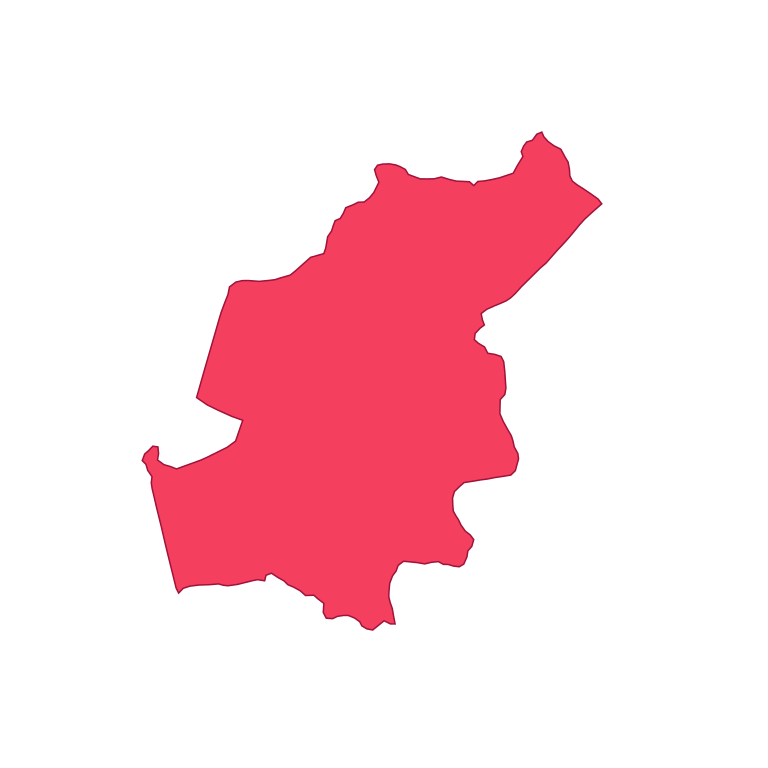 Duque de Caxias, Rio de Janeiro, Brazil (Mercator projection), rotated 222°
{"feature_id": "56859067B40218496902561", "entity_name": "Duque de Caxias", "entity_type": "district", "adm_level": 2, "iso_a3": "BRA", "parent_name": "Brazil", "parent_adm1": "Rio de Janeiro", "projection": "mercator", "projection_center": [-43.309, -22.642], "detail": "fine", "context": "isolated", "style": "filled", "palette": "rose", "viewbox_px": 768, "rotation_deg": 222, "n_neighbors": 0, "source": "geoboundaries", "source_scale": "gbopen_adm2", "svg_char_len": 2988}
<svg xmlns="http://www.w3.org/2000/svg" viewBox="0 0 768 768"><g transform="rotate(222 384 384)"><path d="M344.5,582.4L344.7,599.2L344.5,608.3L344.5,616.2L344.8,624.5L345.2,632.5L345.2,640.5L344.5,648.0L343.9,653.7L342.7,663.6L348.6,664.7L358.2,663.6L366.8,662.4L373.9,661.2L379.8,660.8L385.1,663.0L389.9,667.7L395.7,672.1L401.0,673.7L409.7,676.8L417.3,674.7L424.4,674.0L430.7,674.7L435.3,676.8L437.6,671.9L436.8,664.4L439.9,659.4L439.4,654.2L437.5,648.5L433.0,646.0L431.0,635.3L429.0,627.1L433.0,620.1L436.3,614.3L440.9,607.8L445.4,602.0L449.8,597.3L450.1,591.5L455.8,591.5L460.9,587.4L466.0,583.2L472.0,579.9L479.9,576.2L484.0,570.1L489.0,565.4L494.3,560.7L500.3,558.3L506.1,556.0L511.6,557.7L517.5,556.3L521.8,554.7L527.2,551.3L532.2,546.5L535.2,542.3L534.5,537.0L529.3,533.7L522.8,530.5L519.7,519.5L519.4,512.6L520.5,506.0L524.8,501.8L527.1,496.1L530.4,489.5L528.4,483.5L527.3,477.7L529.6,472.7L527.5,467.3L525.4,462.8L524.4,455.7L518.3,446.1L516.0,440.6L523.3,429.0L525.6,408.1L526.6,402.1L532.0,393.5L534.8,388.6L538.8,384.0L545.4,376.8L554.2,370.0L558.6,365.9L562.3,360.6L563.8,352.8L559.8,346.1L556.8,338.0L553.0,328.4L549.9,321.8L545.9,313.6L527.3,275.2L514.2,248.5L501.3,250.2L489.1,253.7L475.4,258.1L464.7,262.5L456.1,242.3L458.2,232.0L466.8,210.3L469.2,204.9L481.4,182.0L487.2,179.9L493.6,176.8L501.5,176.0L505.0,181.5L509.9,186.0L514.2,183.1L514.4,177.1L515.0,171.8L512.4,165.3L507.1,165.0L501.8,161.7L494.4,159.9L490.8,154.8L486.3,151.1L480.5,147.1L470.8,140.3L453.8,128.8L440.4,119.4L431.2,113.1L402.0,93.3L396.7,91.2L396.5,97.8L392.9,104.0L386.8,111.0L379.5,118.0L373.2,124.7L368.8,126.9L365.0,129.6L358.7,137.1L350.3,149.6L347.0,154.0L341.0,157.9L343.7,162.9L341.0,168.1L333.5,169.2L326.5,170.8L321.2,170.5L314.8,172.7L307.7,174.3L300.8,174.3L294.8,180.1L289.5,180.1L281.9,180.7L276.3,173.6L270.2,171.3L265.2,175.2L263.1,180.2L259.3,184.8L255.7,188.1L249.3,190.4L243.0,191.1L238.5,189.4L232.8,190.6L227.8,193.6L225.5,208.1L218.7,210.0L215.2,213.1L221.0,217.5L227.6,222.7L233.1,225.7L238.0,229.0L241.2,232.8L246.4,239.7L249.3,247.2L249.8,253.0L252.1,258.6L250.9,265.3L246.1,268.9L239.8,273.5L233.3,277.6L229.4,283.3L224.7,288.4L219.2,289.7L215.6,292.8L210.5,295.2L205.8,298.5L204.2,303.5L206.6,310.9L210.0,316.1L210.1,322.1L213.2,328.4L218.7,329.5L225.3,329.1L232.4,330.7L237.7,332.9L242.5,334.2L247.4,335.9L251.6,339.8L256.8,345.2L259.7,351.2L259.2,358.9L258.5,364.4L252.6,371.6L248.1,377.3L243.3,382.9L239.2,388.4L235.4,393.0L232.2,396.9L228.8,401.2L228.4,407.5L231.1,412.8L233.9,418.4L238.0,421.9L245.1,424.4L250.4,428.2L254.7,430.7L262.1,433.1L270.2,435.9L278.0,439.5L282.7,444.9L287.2,450.2L287.2,457.1L290.7,462.6L295.5,467.2L302.7,474.2L310.0,480.7L315.4,482.8L321.4,480.2L327.5,476.3L334.0,478.8L341.3,477.4L346.5,477.4L350.1,482.6L349.9,490.0L348.9,495.0L353.6,497.4L358.9,501.3L357.7,508.1L354.4,515.6L351.6,521.4L348.8,527.7L347.5,533.0L347.0,539.3L347.0,548.4L346.3,560.2L345.5,574.4L344.5,582.4Z" fill="#f43f5e" stroke="#9f1239" stroke-width="1.5"/></g></svg>